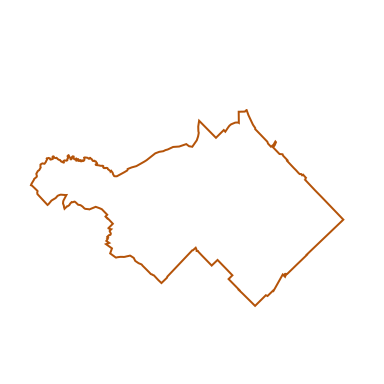 Ballarat, Victoria, Australia, rotated 127°
{"feature_id": "25037944B10145309156113", "entity_name": "Ballarat", "entity_type": "district", "adm_level": 2, "iso_a3": "AUS", "parent_name": "Australia", "parent_adm1": "Victoria", "projection": "mercator", "projection_center": [143.86, -37.519], "detail": "fine", "context": "isolated", "style": "outline", "palette": "amber", "viewbox_px": 384, "rotation_deg": 127, "n_neighbors": 0, "source": "geoboundaries", "source_scale": "gbopen_adm2", "svg_char_len": 5828}
<svg xmlns="http://www.w3.org/2000/svg" viewBox="0 0 384 384"><g transform="rotate(127 192 192)"><path d="M283.1,161.6L278.1,160.8L275.5,160.4L274.8,160.6L274.5,160.8L238.4,156.7L238.0,156.2L234.3,155.5L234.6,154.9L235.0,154.2L235.7,153.3L236.3,152.8L235.6,151.7L235.8,151.5L236.8,145.6L238.9,132.0L230.9,130.7L234.2,109.6L239.5,110.4L241.8,95.2L242.1,95.4L242.6,90.8L245.0,73.1L230.0,70.9L229.6,69.1L221.8,67.9L221.9,67.4L218.0,67.9L203.3,69.9L203.7,66.7L203.0,66.9L201.9,67.0L201.6,67.1L201.5,67.3L201.3,67.5L201.6,67.8L202.0,67.7L202.2,67.9L202.2,68.0L201.9,68.5L201.4,68.4L201.2,68.2L200.8,67.6L200.6,66.8L200.4,66.7L186.8,64.6L180.1,63.5L173.1,62.4L173.1,62.7L123.0,54.5L118.1,84.9L116.6,94.9L114.2,108.9L113.9,108.8L112.6,109.7L112.1,109.6L111.3,113.7L112.4,114.1L112.0,115.6L112.9,116.8L112.7,118.5L112.0,122.1L111.6,125.0L109.9,134.9L109.2,134.8L108.2,141.0L107.4,142.4L109.0,145.0L107.5,154.3L106.0,154.1L104.9,154.1L104.1,154.3L101.7,154.9L101.5,155.8L104.7,155.4L105.2,155.4L105.8,155.5L108.3,156.2L107.6,160.4L106.5,162.1L104.0,177.7L103.8,179.3L102.9,180.0L101.6,183.8L96.7,193.1L93.7,197.7L93.8,197.8L96.0,198.2L99.8,203.0L108.6,196.2L108.7,196.9L110.5,199.2L114.4,201.5L116.5,202.0L118.6,202.0L123.8,201.7L123.4,203.9L134.3,205.5L130.8,229.2L136.0,226.4L139.6,223.5L140.7,222.2L143.9,220.6L147.8,219.3L155.7,219.0L157.2,221.9L157.2,225.4L163.4,229.6L167.4,234.2L172.7,237.0L174.5,238.4L176.7,239.5L179.6,242.3L183.2,244.6L193.9,247.4L196.3,248.3L204.8,252.0L208.7,255.0L212.3,257.2L212.6,256.9L213.8,256.7L216.8,257.9L224.7,261.5L225.9,263.1L226.1,263.9L225.6,265.0L225.4,265.6L224.3,267.1L223.7,269.3L224.5,269.4L224.4,269.5L224.2,269.7L224.3,269.8L224.4,270.0L224.5,270.3L224.4,271.0L224.4,271.3L224.3,271.7L224.4,272.8L223.9,273.6L223.8,274.0L224.1,274.7L224.3,274.9L224.6,275.1L224.8,275.2L224.9,275.6L225.4,276.2L225.7,276.4L225.9,276.8L225.9,277.2L225.7,277.8L225.1,278.1L224.9,278.3L224.7,278.5L224.8,279.0L225.0,279.4L225.5,280.0L225.8,280.4L226.2,281.0L226.3,281.2L226.5,281.7L226.7,282.3L227.2,283.1L227.5,283.7L228.0,284.5L228.2,285.1L228.1,285.4L227.8,285.5L227.4,285.3L227.1,285.0L226.9,284.8L226.5,284.8L226.4,284.9L226.2,285.1L225.8,286.5L225.5,287.1L225.5,287.4L225.7,287.9L226.0,288.2L226.0,288.5L225.8,288.8L225.9,289.0L226.3,289.1L226.6,289.4L226.8,289.8L226.8,290.1L226.7,290.6L226.6,290.8L226.4,291.1L226.3,291.4L226.1,291.9L226.1,292.2L226.3,293.0L226.2,293.3L226.0,293.7L226.1,293.8L226.2,294.0L226.9,293.9L227.2,294.0L227.4,294.2L227.6,294.7L227.5,295.6L227.6,296.1L228.3,297.4L228.5,297.6L228.8,298.3L229.3,298.7L229.5,298.8L229.8,298.4L230.0,298.2L230.8,297.6L231.0,297.3L231.9,297.2L232.4,297.4L232.8,297.6L232.9,297.8L232.9,298.0L232.7,298.5L232.8,298.7L232.9,298.8L233.2,298.9L233.5,298.8L233.9,298.7L234.0,298.8L234.3,299.1L234.4,299.4L233.8,299.9L233.8,300.1L233.7,300.3L233.9,300.6L234.1,300.7L235.2,300.9L235.3,301.0L235.4,301.4L235.2,301.6L234.5,302.2L234.3,302.6L234.6,303.0L235.1,302.9L235.9,302.8L236.1,302.8L236.5,303.1L236.6,303.4L236.5,303.5L236.2,303.8L235.4,303.8L235.2,303.9L234.9,304.3L234.9,304.6L235.1,304.7L235.8,304.7L236.3,304.9L236.4,305.0L236.6,305.7L236.6,306.0L236.3,306.5L236.0,307.3L235.5,307.4L235.2,307.5L234.9,307.9L235.1,308.4L235.3,308.7L236.2,308.9L236.8,308.7L237.1,308.4L237.7,308.1L238.4,308.1L238.8,308.3L238.9,308.6L238.8,308.9L238.1,309.7L237.9,310.1L237.8,310.7L237.7,311.2L237.3,312.0L237.0,312.3L236.9,312.7L237.3,312.9L238.1,313.0L238.5,312.7L239.0,312.0L239.1,311.6L239.3,311.5L240.0,311.3L240.5,311.4L241.0,311.3L241.3,310.9L241.7,310.7L242.2,310.9L242.5,311.1L242.9,311.7L243.3,312.5L243.5,312.8L243.8,313.0L244.2,313.1L244.6,313.0L244.8,312.9L245.3,312.3L245.5,312.1L245.8,312.3L245.8,312.9L246.2,313.5L246.2,313.9L246.0,314.4L246.4,315.0L246.3,315.5L245.9,316.6L246.5,318.1L246.4,318.6L246.5,319.1L246.2,320.6L246.3,320.9L246.6,321.1L246.8,321.2L247.1,321.5L247.3,321.9L247.5,322.5L247.4,322.8L247.0,323.5L246.9,323.9L247.0,324.2L247.2,324.4L247.5,324.5L247.8,324.5L248.1,324.4L248.6,324.0L248.9,323.7L249.2,323.2L249.4,323.1L249.6,323.2L251.2,324.4L251.3,324.6L251.2,325.0L250.7,325.6L250.9,326.4L251.0,326.9L251.1,327.0L251.8,327.5L252.4,328.2L252.6,328.2L252.8,327.4L255.0,327.1L255.7,326.9L256.1,326.8L258.2,326.8L258.3,326.9L259.2,328.7L260.5,329.3L261.0,329.4L261.3,329.5L262.8,328.4L263.1,328.2L263.5,327.6L266.5,327.2L266.8,327.3L267.5,327.6L268.3,327.7L271.1,327.3L271.5,326.9L272.5,325.6L272.8,325.4L273.2,325.2L273.6,325.2L276.6,325.9L277.4,325.6L282.1,325.1L283.5,324.7L283.2,323.6L284.1,316.1L284.2,315.9L284.3,315.8L285.4,315.4L286.7,314.2L289.3,299.6L288.6,299.4L288.2,299.3L284.3,299.1L283.6,299.1L282.7,298.8L279.0,297.3L278.4,297.2L276.7,297.1L275.9,297.0L275.1,296.6L273.7,295.7L273.1,295.2L270.5,291.1L270.0,290.5L276.2,289.5L277.2,289.1L278.8,288.1L280.0,286.2L280.2,285.9L280.9,285.3L281.2,285.0L281.8,284.1L282.1,283.7L280.9,283.5L278.7,283.2L278.4,282.8L276.3,282.1L274.5,282.3L272.4,282.0L272.2,281.5L272.0,281.1L271.1,280.6L270.3,279.9L270.3,279.1L270.3,278.3L270.7,275.3L269.6,273.1L269.5,270.5L269.8,268.7L269.8,268.1L269.8,267.6L269.7,267.1L268.0,264.3L267.7,263.5L261.8,260.0L260.7,256.5L260.0,253.7L261.2,246.0L263.7,246.3L264.1,243.7L263.8,243.7L264.0,241.8L265.0,236.1L271.2,237.0L271.3,236.9L270.7,234.7L270.5,234.3L270.4,234.1L272.3,234.4L272.6,234.3L272.9,234.1L273.9,232.0L274.1,231.8L274.4,231.6L275.3,231.4L276.6,232.4L278.6,232.7L278.7,231.8L279.9,232.0L280.0,231.1L282.6,231.0L282.6,229.9L282.5,227.5L285.4,229.3L285.2,222.0L290.3,220.4L290.2,213.6L290.1,213.2L289.2,212.5L286.9,210.2L284.9,207.4L284.3,206.7L282.8,205.5L281.2,204.1L280.4,203.5L280.0,203.0L279.7,198.9L281.2,195.8L281.0,191.8L280.3,189.1L280.2,188.7L280.3,188.2L280.6,187.1L281.9,177.8L282.3,175.5L282.1,174.8L281.9,174.5L281.9,173.5L281.5,172.3L282.6,166.0L283.1,161.6Z" fill="none" stroke="#b45309" stroke-width="2"/></g></svg>